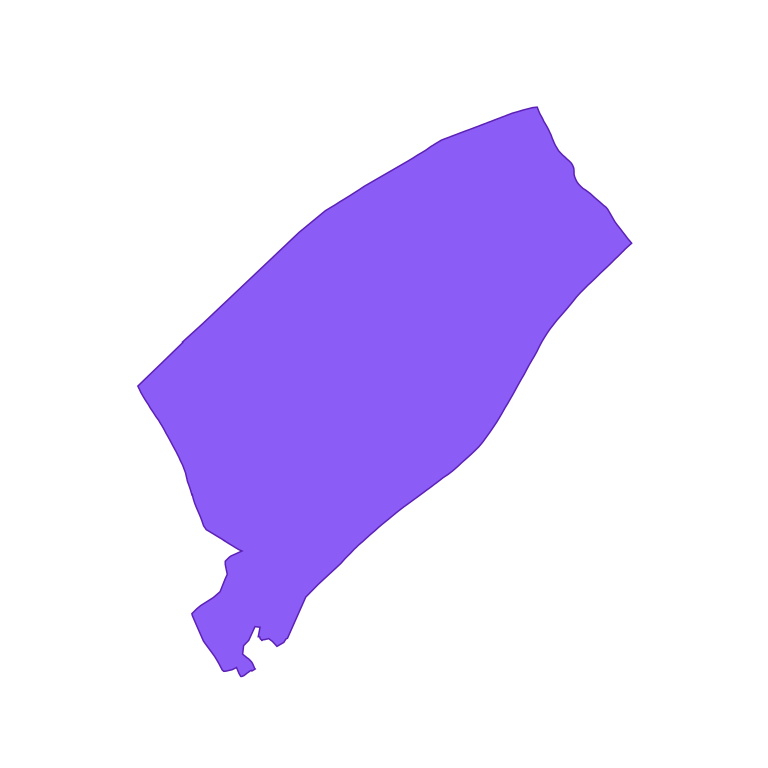 Rada', Al Bayda', Yemen, rotated 240°
{"feature_id": "15242507B79074936513769", "entity_name": "Rada'", "entity_type": "district", "adm_level": 2, "iso_a3": "YEM", "parent_name": "Yemen", "parent_adm1": "Al Bayda'", "projection": "natural_earth1", "projection_center": [44.883, 14.33], "detail": "fine", "context": "isolated", "style": "filled", "palette": "violet", "viewbox_px": 768, "rotation_deg": 240, "n_neighbors": 0, "source": "geoboundaries", "source_scale": "gbopen_adm2", "svg_char_len": 4429}
<svg xmlns="http://www.w3.org/2000/svg" viewBox="0 0 768 768"><g transform="rotate(240 384 384)"><path d="M344.3,158.6L344.0,158.8L340.8,160.5L340.6,160.7L340.0,161.0L338.6,161.7L331.4,165.7L328.3,167.4L328.3,167.2L327.2,167.8L326.5,168.2L324.2,169.4L319.1,172.2L317.2,173.2L313.1,175.5L310.4,177.5L310.5,176.5L311.0,171.1L311.6,165.2L311.3,163.2L309.9,157.9L306.9,156.2L301.5,154.4L297.8,153.2L297.6,153.1L297.2,152.6L294.4,148.7L286.1,138.2L284.4,129.4L283.8,114.6L283.0,109.8L281.2,102.8L279.3,102.2L268.9,101.0L251.7,99.1L249.2,99.3L233.0,101.1L229.1,101.2L225.9,101.2L225.5,101.2L224.3,101.2L217.2,100.9L215.8,101.4L215.4,101.5L215.1,101.9L214.4,103.4L213.5,106.3L212.5,109.7L212.2,114.5L205.9,113.7L203.3,113.7L202.4,113.7L201.8,114.7L201.5,116.7L201.6,117.9L201.7,118.3L201.9,119.8L202.1,121.0L202.1,121.4L202.2,122.5L202.3,123.5L202.5,124.9L202.3,125.9L201.5,126.1L201.6,130.0L202.7,129.8L204.0,130.0L207.6,130.4L209.2,130.4L210.7,130.1L213.1,129.5L213.6,129.3L214.4,129.0L214.8,128.8L214.9,128.7L220.7,126.5L227.6,131.6L229.6,138.7L238.4,151.0L235.3,155.0L229.6,150.1L228.6,149.2L228.0,148.7L227.5,149.5L227.2,149.9L226.7,149.9L225.9,149.5L225.3,149.5L224.7,149.5L224.4,149.7L224.1,149.9L223.4,150.0L223.1,149.9L222.9,150.1L223.0,151.3L222.8,151.8L222.2,153.1L221.8,154.8L221.5,155.4L221.3,156.1L221.2,156.8L217.0,158.6L216.2,158.8L210.3,160.1L210.3,168.0L212.3,171.8L212.2,172.3L212.0,173.2L238.6,209.7L243.3,226.6L250.2,257.0L251.6,261.1L252.3,263.2L253.1,266.1L254.3,270.7L255.9,275.9L256.4,278.3L257.1,280.8L257.3,281.7L258.2,286.9L259.3,291.6L259.5,292.7L260.4,296.7L261.4,302.4L261.5,302.9L262.5,307.3L263.4,312.2L264.4,318.6L264.7,320.6L265.2,323.3L265.3,323.9L266.2,329.2L267.0,334.6L267.7,339.8L268.2,344.9L268.9,351.3L269.6,357.8L270.4,364.9L270.9,368.9L271.0,370.5L271.8,376.6L272.4,381.8L273.3,388.2L273.7,394.7L274.5,400.5L275.8,407.0L277.1,412.4L278.2,417.9L279.5,424.0L280.9,429.8L282.2,434.7L284.2,440.2L286.7,445.8L289.3,451.6L292.1,457.4L294.7,462.7L297.4,467.6L300.2,472.5L302.6,476.5L305.3,481.5L307.9,485.9L308.4,486.8L310.9,491.1L313.4,495.2L315.8,499.1L319.2,504.8L322.3,510.3L324.9,514.4L327.9,519.2L330.6,523.9L333.1,528.4L335.5,532.4L338.8,537.3L341.8,542.1L344.1,546.3L346.3,550.5L348.7,555.5L350.7,560.5L352.7,565.4L354.3,570.1L355.9,574.8L357.5,579.5L359.1,583.8L359.3,584.4L361.2,589.4L363.2,594.4L364.9,599.8L366.2,604.8L367.6,609.8L368.7,614.8L370.2,620.9L371.8,626.9L373.3,633.4L374.9,640.1L376.6,646.3L377.7,651.0L379.1,656.1L379.4,657.5L380.4,660.9L382.1,668.9L385.0,668.4L387.5,667.9L390.4,667.5L393.1,667.2L395.8,666.8L399.2,666.4L402.6,665.9L405.2,665.5L408.7,665.1L409.3,665.1L411.4,665.1L414.7,665.1L417.5,665.1L420.5,665.1L423.6,665.1L426.3,664.6L428.9,663.5L431.7,662.6L434.4,661.7L438.2,660.3L440.6,659.5L443.1,658.7L445.7,657.9L448.3,656.8L451.3,655.5L453.7,654.2L456.5,653.3L459.7,652.5L462.3,652.2L464.8,652.3L467.5,652.6L470.5,653.4L473.5,655.1L476.1,656.3L478.8,656.7L481.4,656.7L484.3,656.0L487.2,655.0L490.0,654.2L492.8,653.2L496.1,652.4L498.9,651.8L502.0,651.8L504.8,651.7L507.7,651.9L510.4,652.3L513.0,652.6L516.0,653.2L518.9,653.4L522.0,653.7L524.9,653.8L528.6,653.8L531.4,653.7L534.2,654.0L536.9,654.1L539.9,654.1L542.5,654.4L545.2,654.8L546.3,655.0L547.2,655.1L549.1,650.8L550.4,646.1L551.7,641.5L553.1,635.5L554.4,630.5L561.5,586.0L562.5,580.5L566.5,555.8L566.5,555.3L566.4,549.4L566.2,542.9L565.6,537.4L565.5,532.6L565.5,527.9L565.2,521.6L565.1,516.2L565.1,510.9L565.1,506.1L565.1,500.1L565.1,494.5L565.1,488.1L565.1,483.3L565.1,476.9L565.1,470.9L565.1,465.7L564.7,460.1L564.5,455.1L564.2,449.0L564.0,442.3L563.9,436.8L563.6,431.2L563.5,424.8L563.4,419.9L557.8,386.3L542.8,323.8L526.9,257.1L521.1,230.4L520.8,230.4L520.5,230.5L519.6,227.0L516.7,215.4L514.7,207.5L514.6,207.1L507.4,178.2L505.3,169.8L503.2,169.6L501.4,169.5L498.5,169.2L496.6,169.2L492.9,169.2L488.6,169.3L487.7,169.4L486.8,169.4L484.4,169.6L479.6,169.6L474.4,170.0L469.6,170.2L465.2,170.7L461.2,170.7L460.0,170.8L454.9,170.8L450.4,170.6L446.5,170.6L446.2,170.6L441.9,170.5L436.6,170.3L432.4,170.2L428.0,170.1L427.4,170.0L423.4,169.8L419.1,169.3L414.9,169.1L410.5,168.4L406.3,167.7L402.2,166.4L401.1,166.1L398.0,165.1L393.8,164.4L388.8,163.4L384.4,162.3L383.9,162.2L383.9,162.6L383.7,162.5L379.8,161.4L375.3,160.4L370.4,159.7L365.9,159.2L360.9,158.6L356.6,157.9L351.7,156.9L351.1,156.9L350.4,156.9L348.8,157.1L346.7,157.2L344.3,158.6Z" fill="#8b5cf6" stroke="#5b21b6" stroke-width="1.5"/></g></svg>